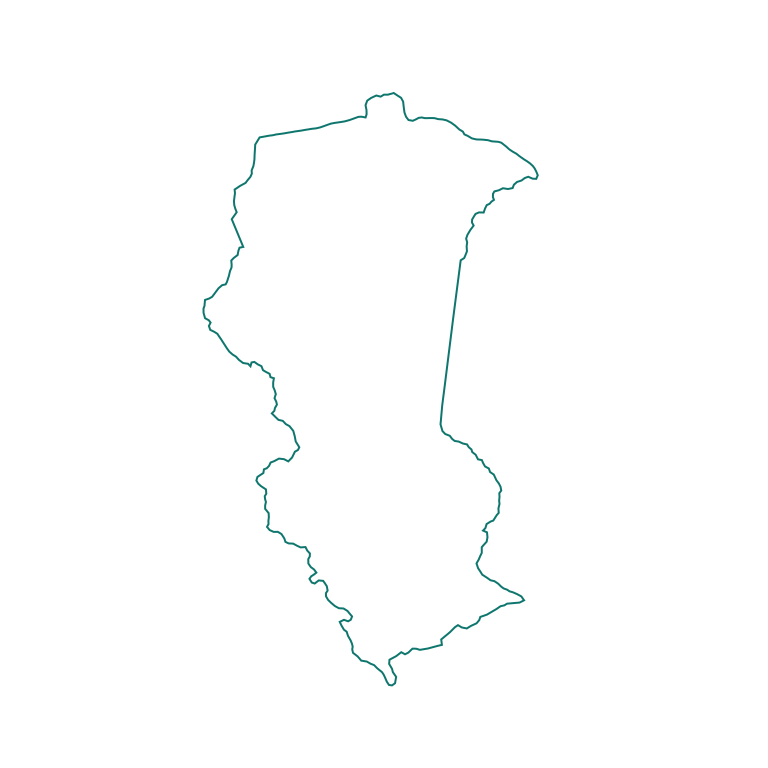 Jacaraci, Bahia, Brazil (Robinson projection), rotated 296°
{"feature_id": "56859067B69691333207758", "entity_name": "Jacaraci", "entity_type": "district", "adm_level": 2, "iso_a3": "BRA", "parent_name": "Brazil", "parent_adm1": "Bahia", "projection": "robinson", "projection_center": [-42.339, -14.806], "detail": "fine", "context": "isolated", "style": "outline", "palette": "teal", "viewbox_px": 768, "rotation_deg": 296, "n_neighbors": 0, "source": "geoboundaries", "source_scale": "gbopen_adm2", "svg_char_len": 4990}
<svg xmlns="http://www.w3.org/2000/svg" viewBox="0 0 768 768"><g transform="rotate(296 384 384)"><path d="M381.1,186.3L378.1,187.4L375.6,188.4L372.7,188.7L368.9,190.6L364.7,194.3L364.5,198.5L363.2,201.2L359.4,201.2L356.5,204.1L356.5,208.4L356.1,212.2L354.5,214.9L352.7,218.1L350.7,221.4L349.2,223.9L347.3,227.0L345.3,230.7L344.1,235.1L343.7,239.0L342.1,243.0L341.1,248.2L342.6,253.0L341.4,256.2L345.3,255.5L347.0,257.8L346.3,262.1L346.3,266.0L343.4,269.2L343.1,272.7L343.0,276.7L340.4,279.0L340.9,282.5L336.6,283.8L332.8,285.7L330.7,288.2L327.5,291.2L323.3,291.8L320.8,295.0L318.5,296.8L314.6,296.5L311.9,297.2L308.4,296.1L306.9,300.5L305.5,304.8L306.5,309.2L304.9,313.4L304.7,317.5L302.1,323.0L298.0,326.6L293.6,329.9L291.6,333.1L290.0,335.6L287.0,335.6L284.1,333.6L280.5,333.6L277.6,333.6L272.5,331.9L272.6,327.1L270.9,322.3L266.5,319.1L263.7,316.5L260.1,316.6L256.9,315.6L254.7,313.5L251.1,314.6L248.6,313.1L245.0,311.0L241.3,311.6L239.3,314.6L238.3,318.1L237.5,324.1L233.8,326.3L230.9,326.0L228.4,327.6L226.2,329.6L222.8,330.4L219.7,331.9L217.4,336.9L213.8,338.9L210.3,340.1L207.5,341.6L204.3,341.5L202.6,345.2L202.7,349.6L204.6,353.4L204.2,357.6L201.5,362.1L198.9,364.6L198.9,368.1L200.7,372.3L200.5,376.9L200.6,380.7L203.0,384.9L200.6,388.1L199.2,391.7L196.4,392.9L193.4,392.7L189.5,394.7L187.4,398.4L186.6,402.5L184.8,405.9L181.9,404.5L179.3,402.9L176.2,402.4L173.9,406.1L174.3,409.2L178.8,411.4L180.4,415.6L178.9,418.4L177.2,421.2L173.6,423.9L170.5,423.5L167.7,425.0L165.4,428.5L164.1,432.5L162.9,437.2L162.7,441.7L164.5,446.1L164.0,450.7L162.7,453.5L161.1,457.2L157.6,457.5L155.0,455.8L154.5,451.4L150.8,448.5L148.4,451.5L145.6,455.7L145.0,459.0L141.8,462.1L138.9,466.4L136.6,469.0L134.2,471.0L131.5,471.8L128.8,474.0L127.6,479.7L125.4,484.8L127.0,490.2L126.7,494.6L127.0,498.3L125.5,502.6L124.1,508.6L122.5,511.3L120.3,514.0L117.7,517.0L115.7,520.4L116.6,523.3L119.9,525.1L126.1,523.3L128.9,518.3L131.5,516.1L134.7,511.3L138.6,509.8L144.8,514.3L150.5,517.1L150.3,521.4L153.2,523.6L158.6,525.6L160.2,529.0L160.8,532.8L165.5,539.4L172.2,547.1L174.9,550.4L179.5,547.4L189.9,552.1L196.6,554.4L199.7,556.2L199.3,560.7L200.6,565.6L204.7,568.2L209.5,572.1L213.5,573.1L216.9,572.7L219.6,575.4L221.8,577.6L231.0,583.7L235.4,586.2L237.8,589.2L240.5,590.9L247.0,601.7L251.0,604.7L253.3,600.5L253.5,595.7L253.3,591.1L252.7,587.8L253.1,584.8L252.7,581.2L253.3,578.0L254.6,574.1L255.2,569.7L254.3,565.8L255.0,561.7L255.7,555.9L257.9,552.4L259.7,549.3L263.3,545.8L267.8,546.1L271.6,545.9L275.1,545.9L280.2,543.4L283.9,544.4L287.2,545.4L291.6,544.2L295.8,541.6L295.7,537.3L299.0,538.3L303.1,537.6L307.1,540.1L309.2,542.1L311.9,542.4L315.5,542.8L318.5,543.6L322.3,541.4L326.8,540.4L329.7,538.6L333.2,537.3L336.4,535.5L339.6,536.1L342.7,533.8L344.9,530.9L346.8,527.2L350.7,522.4L351.4,517.9L354.0,515.3L354.2,510.9L356.5,507.6L358.5,505.3L357.5,501.5L360.6,497.4L361.5,493.2L363.5,491.3L364.4,487.8L366.1,485.2L365.1,481.0L365.0,476.4L363.8,472.5L364.5,469.3L366.3,465.8L365.9,461.0L367.3,457.2L369.5,455.2L372.5,452.5L390.3,445.7L409.8,439.1L472.1,417.8L528.8,398.7L532.4,400.9L535.6,400.7L539.6,400.4L544.0,397.9L547.7,396.7L550.7,394.1L554.7,393.6L560.4,394.1L565.7,395.1L567.7,392.3L570.5,391.1L574.2,391.4L577.0,391.7L579.9,394.2L581.8,398.4L586.0,397.9L589.8,397.9L592.2,399.9L595.0,400.6L597.7,402.1L599.8,399.9L602.7,398.6L605.5,398.8L608.5,402.3L612.1,405.1L613.6,410.0L616.5,413.7L620.1,413.4L623.9,415.0L627.2,418.4L630.8,420.2L633.5,422.8L633.7,427.5L635.1,430.9L639.0,430.7L641.7,427.7L643.8,424.9L645.2,422.2L646.3,418.5L646.9,414.9L647.3,411.1L648.2,405.6L649.0,402.1L649.3,397.4L649.8,393.8L651.0,389.7L652.3,383.7L651.8,380.6L650.6,377.6L649.4,374.6L648.7,370.5L647.1,366.1L645.9,363.3L644.4,360.1L643.3,355.4L643.7,350.4L643.6,346.8L645.4,344.3L645.8,340.1L647.4,334.8L648.3,329.7L648.4,324.7L647.5,320.8L645.8,316.5L645.1,312.8L643.2,308.8L640.9,304.3L640.1,301.1L638.4,298.5L636.0,296.8L633.2,294.5L632.0,290.3L633.9,286.6L637.1,283.3L641.3,280.5L646.2,277.4L648.7,273.9L649.2,269.6L649.8,265.2L645.8,260.7L644.0,257.1L640.8,255.0L639.9,250.6L635.3,246.9L631.3,244.7L626.5,245.2L622.5,248.2L618.8,250.1L615.5,250.6L614.3,246.4L612.8,243.8L609.8,240.9L606.0,237.2L602.7,233.4L600.3,230.0L598.6,227.5L596.9,225.0L594.7,222.1L592.0,219.4L589.6,217.1L586.7,214.2L584.0,210.9L581.7,207.2L579.7,204.4L577.6,201.4L575.6,198.7L573.9,196.2L572.1,193.5L570.1,190.8L568.0,187.8L566.0,185.1L563.6,181.6L561.1,177.8L558.7,174.8L556.7,171.7L554.4,168.6L551.1,164.1L542.7,163.3L539.9,164.5L535.5,166.3L532.4,167.6L529.3,169.0L526.1,170.1L522.5,171.1L518.0,171.4L515.1,173.0L511.5,173.1L507.6,172.1L504.0,171.4L499.0,167.8L495.8,166.0L493.3,164.5L490.2,166.4L486.0,167.8L482.5,169.0L479.0,171.1L476.5,173.4L473.8,176.3L465.4,174.9L445.5,197.4L443.2,194.4L440.1,194.7L435.8,195.9L431.4,193.7L428.0,192.6L424.4,194.8L421.8,195.9L418.0,196.1L413.2,197.2L406.9,198.1L404.1,198.0L401.9,195.2L397.5,193.3L387.0,191.3L384.2,189.4L381.1,186.3Z" fill="none" stroke="#0f766e" stroke-width="2"/></g></svg>